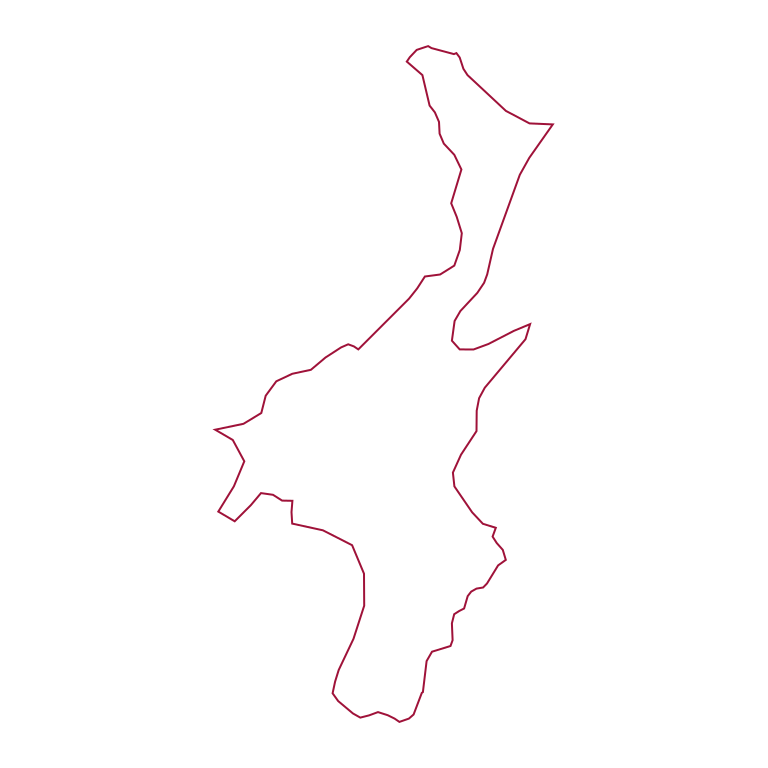 map outline of Muyinga (Robinson projection)
{"feature_id": "BDI-2644", "entity_name": "Muyinga", "entity_type": "Province", "adm_level": 1, "iso_a3": "BDI", "parent_name": "Burundi", "parent_adm1": "", "projection": "robinson", "projection_center": [30.357, -2.724], "detail": "fine", "context": "isolated", "style": "outline", "palette": "rose", "viewbox_px": 768, "rotation_deg": 0, "n_neighbors": 0, "source": "natural_earth", "source_scale": "10m", "svg_char_len": 1543}
<svg xmlns="http://www.w3.org/2000/svg" viewBox="0 0 768 768"><path d="M428.1,46.1L431.5,48.1L453.9,54.1L456.4,53.1L459.7,57.5L463.4,68.8L467.5,75.1L505.9,110.9L529.5,123.4L552.8,124.4L529.3,157.8L519.8,174.8L493.0,248.9L487.2,274.4L484.1,282.8L477.3,292.9L460.4,311.0L454.6,321.0L451.9,340.7L459.7,349.4L473.5,349.5L488.4,344.0L513.8,330.9L530.1,324.1L525.5,339.2L484.8,387.7L479.1,398.2L476.7,410.7L476.5,431.1L461.0,454.7L452.9,472.6L454.4,486.4L472.2,512.4L482.9,523.8L495.8,527.8L492.6,536.6L496.7,543.0L502.8,549.9L505.8,559.9L505.5,560.1L498.1,565.4L487.0,583.5L483.1,587.5L476.5,588.6L471.2,591.6L467.7,596.1L464.1,608.5L459.2,611.0L454.2,614.2L451.9,623.3L452.6,640.2L450.5,646.0L432.0,651.7L426.6,661.1L422.9,692.1L421.8,692.9L413.6,714.5L408.9,718.6L399.4,721.9L394.6,718.6L387.7,715.2L378.0,712.1L369.0,715.4L360.3,717.6L353.0,713.5L338.2,701.1L332.6,693.3L335.1,681.6L338.7,670.0L353.5,638.8L364.2,605.7L364.0,573.7L352.1,545.2L322.9,530.3L292.2,523.6L291.5,512.1L292.4,500.8L282.1,500.6L273.0,494.8L261.0,493.1L250.9,505.1L234.7,521.3L218.3,511.6L233.9,486.3L244.3,461.3L232.8,440.0L215.2,429.7L243.5,423.8L261.3,413.0L265.7,395.7L276.3,381.3L292.2,373.8L310.9,369.8L325.5,357.5L341.1,347.4L348.2,344.3L353.9,346.4L358.3,349.4L409.1,298.6L417.2,288.4L424.9,276.5L440.1,274.5L454.3,265.6L459.8,250.0L461.8,233.2L456.7,216.8L451.2,203.3L461.4,169.5L454.3,154.8L443.8,143.6L439.6,133.7L439.0,121.9L434.9,112.4L429.6,105.6L422.4,75.1L406.8,61.6L409.8,57.2L416.7,49.9L428.1,46.1Z" fill="none" stroke="#9f1239" stroke-width="2"/></svg>